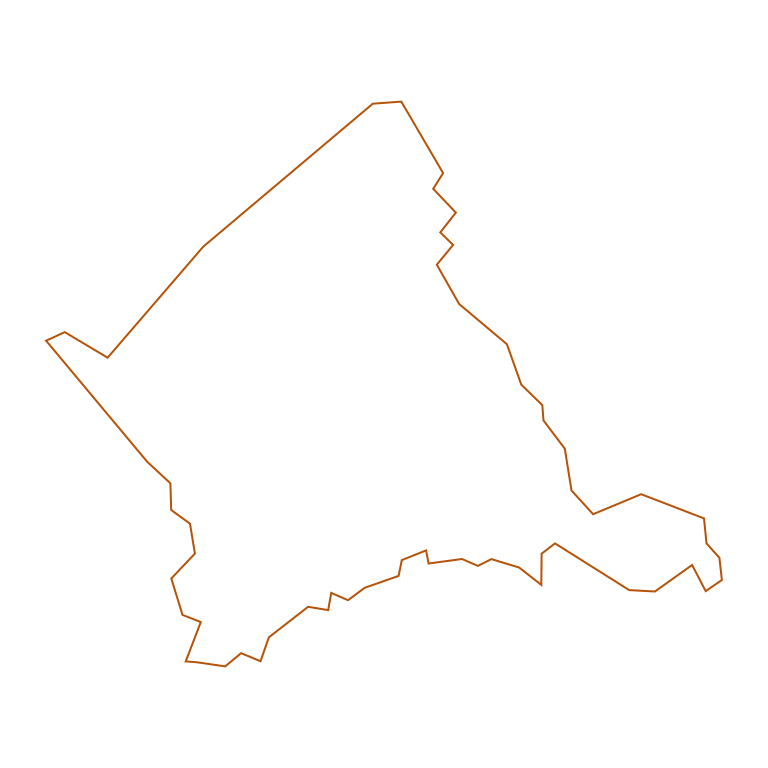 Culpeper, Virginia, United States of America (Equal Earth projection)
{"feature_id": "52423323B12742800071911", "entity_name": "Culpeper", "entity_type": "district", "adm_level": 2, "iso_a3": "USA", "parent_name": "United States of America", "parent_adm1": "Virginia", "projection": "equal_earth", "projection_center": [-77.91, 38.503], "detail": "fine", "context": "isolated", "style": "outline", "palette": "amber", "viewbox_px": 768, "rotation_deg": 0, "n_neighbors": 0, "source": "geoboundaries", "source_scale": "gbopen_adm2", "svg_char_len": 856}
<svg xmlns="http://www.w3.org/2000/svg" viewBox="0 0 768 768"><path d="M46.1,340.7L147.3,461.9L170.4,483.3L171.2,510.0L190.0,523.7L194.9,553.6L171.3,578.5L182.5,614.9L200.8,622.1L185.7,661.4L197.1,662.3L225.2,666.4L241.1,653.2L260.5,661.2L268.9,637.3L308.1,606.8L328.2,610.1L331.2,592.9L348.0,600.2L364.7,587.8L398.6,575.9L401.8,560.1L426.1,550.4L428.6,563.5L462.0,559.0L477.9,565.9L491.4,559.1L519.1,567.5L541.3,584.9L541.6,553.7L555.0,543.4L629.2,590.1L654.9,591.5L692.1,565.0L705.7,591.1L721.9,580.0L719.4,557.8L706.5,543.4L704.0,518.4L641.1,494.2L593.1,514.2L571.5,490.5L564.8,448.7L543.5,420.5L542.3,405.1L521.3,384.7L506.9,344.2L459.2,304.1L436.8,264.7L453.1,244.9L440.3,232.4L455.8,212.6L433.2,188.8L443.1,173.1L401.3,101.6L372.8,103.7L324.6,144.3L203.3,246.6L107.6,357.7L64.7,332.1L46.1,340.7Z" fill="none" stroke="#b45309" stroke-width="2"/></svg>